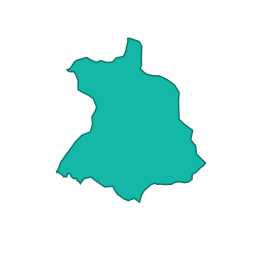 Pera Pedi, Limassol, Cyprus (Robinson projection), rotated 215°
{"feature_id": "46923920B54392768580932", "entity_name": "Pera Pedi", "entity_type": "district", "adm_level": 2, "iso_a3": "CYP", "parent_name": "Cyprus", "parent_adm1": "Limassol", "projection": "robinson", "projection_center": [32.873, 34.863], "detail": "fine", "context": "isolated", "style": "filled", "palette": "teal", "viewbox_px": 256, "rotation_deg": 215, "n_neighbors": 0, "source": "geoboundaries", "source_scale": "gbopen_adm2", "svg_char_len": 1348}
<svg xmlns="http://www.w3.org/2000/svg" viewBox="0 0 256 256"><g transform="rotate(215 128 128)"><path d="M76.0,73.9L78.5,80.7L78.9,85.9L76.7,95.1L74.2,98.2L71.8,98.7L68.6,101.0L65.0,103.1L60.1,106.9L58.7,109.9L55.8,113.1L50.1,115.9L47.7,118.3L46.2,122.6L48.7,126.8L47.1,130.2L45.7,137.8L44.6,140.3L44.6,143.9L49.7,144.6L57.2,146.0L62.3,152.1L70.0,154.3L73.6,163.1L84.1,163.3L91.2,164.5L96.5,171.5L102.4,179.5L106.7,186.5L114.7,189.9L124.0,190.0L132.4,188.5L137.9,184.9L144.3,182.5L152.1,183.5L153.2,187.6L156.4,191.8L160.9,198.5L163.7,202.9L164.8,203.4L168.5,205.2L178.2,202.4L179.7,201.1L178.3,200.1L176.1,194.8L173.6,189.1L172.7,184.0L177.8,178.7L178.5,173.1L183.2,169.4L189.1,167.4L191.6,163.5L197.3,162.4L202.4,162.0L209.0,153.7L209.8,150.6L209.3,143.5L211.4,140.7L208.6,140.4L204.7,143.1L202.0,142.3L195.8,138.0L190.8,130.8L185.4,131.2L179.3,132.2L173.5,132.3L165.7,127.2L164.6,123.4L163.9,116.4L159.1,110.8L156.6,103.2L161.6,95.7L163.0,87.3L163.1,80.7L163.4,69.9L163.4,61.6L161.6,54.7L161.4,51.2L160.9,50.8L159.4,51.8L157.5,51.7L154.7,51.8L152.6,51.1L151.8,52.0L150.3,52.8L151.2,56.1L149.8,57.5L146.3,55.6L143.5,55.4L141.0,57.3L139.2,55.7L137.2,56.0L135.1,55.1L135.1,61.1L130.3,66.6L122.5,66.3L113.5,66.3L106.9,71.6L103.8,69.7L98.8,67.8L91.1,67.6L86.1,68.7L82.5,74.1L76.0,73.9Z" fill="#14b8a6" stroke="#0f766e" stroke-width="1.5"/></g></svg>